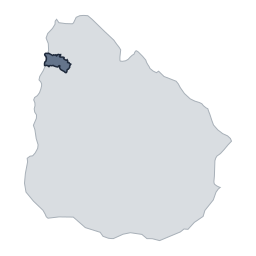 Villa Constitución, Salto, Uruguay shown in context
{"feature_id": "84410073B3070112347268", "entity_name": "Villa Constitución", "entity_type": "district", "adm_level": 2, "iso_a3": "URY", "parent_name": "Uruguay", "parent_adm1": "Salto", "projection": "albers", "projection_center": [-57.701, -31.128], "detail": "fine", "context": "in_parent", "style": "filled", "palette": "slate", "viewbox_px": 256, "rotation_deg": 0, "n_neighbors": 0, "source": "geoboundaries", "source_scale": "gbopen_adm2", "svg_char_len": 3152}
<svg xmlns="http://www.w3.org/2000/svg" viewBox="0 0 256 256"><path d="M220.2,187.4L218.2,189.1L216.0,192.2L213.3,199.9L204.9,210.4L203.1,216.4L194.3,222.4L188.0,229.3L184.0,229.0L180.4,231.9L159.6,240.6L152.3,238.7L146.9,238.6L141.9,234.4L130.4,232.7L123.1,234.2L113.3,238.6L110.4,238.5L108.3,238.2L103.0,236.3L100.2,232.3L85.3,227.6L73.3,217.1L59.0,216.9L48.0,218.2L46.3,216.8L45.2,214.2L43.0,210.3L33.5,201.2L26.0,192.1L24.5,183.2L25.4,173.4L27.6,161.9L27.2,158.3L30.0,156.2L32.7,155.8L35.3,152.8L37.7,148.3L38.1,144.8L36.2,138.5L34.9,129.7L33.4,125.3L36.4,118.3L36.5,114.9L34.7,112.0L34.2,108.9L35.0,105.8L34.9,102.8L33.7,99.9L34.6,97.5L37.4,95.6L39.5,92.7L40.9,88.8L41.6,85.8L41.6,83.7L40.7,81.8L39.0,79.9L39.8,76.3L43.1,70.9L45.3,66.0L46.3,61.8L46.2,58.4L45.1,55.8L45.6,54.1L47.6,53.1L48.6,50.4L48.3,43.6L46.1,38.0L47.7,33.5L52.5,28.4L55.0,24.3L55.2,21.1L56.6,19.3L58.9,22.7L65.7,23.6L72.4,23.8L73.5,22.9L76.2,17.3L79.8,15.7L83.6,15.4L87.8,15.7L92.2,19.4L104.7,31.6L113.8,40.1L116.6,44.1L119.0,47.1L120.7,49.9L119.9,57.1L119.9,60.2L120.3,61.1L122.4,61.3L125.6,60.8L128.2,59.3L130.3,57.0L132.3,55.2L134.0,54.2L134.6,52.7L135.5,51.1L136.5,50.8L138.3,52.0L142.5,56.2L145.8,60.1L146.5,62.3L147.8,64.6L149.1,66.6L150.0,68.5L153.2,71.1L156.4,72.7L158.6,71.2L164.0,76.5L176.1,81.2L178.3,83.9L180.3,87.7L184.4,93.5L190.1,98.8L194.8,101.1L199.3,102.5L201.8,103.7L203.4,105.7L206.1,107.9L207.8,108.7L208.4,110.6L210.0,114.8L211.7,120.1L213.5,125.0L217.7,129.8L222.6,133.6L227.6,135.9L230.4,138.5L231.5,141.2L227.9,145.0L224.0,149.7L220.5,153.5L217.0,156.0L215.8,157.9L214.9,160.7L214.4,176.0L213.9,181.6L214.1,183.2L214.5,184.2L216.6,185.8L219.1,187.1L220.2,187.4Z" fill="#d9dde1" stroke="#a8b0b8" stroke-width="1"/><path d="M48.5,53.2L48.4,53.3L48.2,53.4L48.1,53.5L47.7,53.5L47.4,53.5L47.1,53.4L46.7,53.4L46.4,53.3L46.2,53.3L45.8,53.3L45.7,53.4L45.3,53.5L45.1,53.7L45.0,53.8L44.8,54.2L44.7,54.4L44.7,54.8L44.8,55.0L45.2,55.7L45.3,55.8L45.5,55.9L45.6,56.0L45.8,56.2L45.9,56.4L45.9,56.5L46.0,56.6L46.1,56.8L46.2,57.1L46.3,57.4L46.4,57.9L46.4,58.0L46.4,58.4L46.4,58.7L46.4,58.8L46.4,59.2L46.3,59.5L46.2,59.9L46.2,60.2L46.1,60.6L45.9,60.9L45.9,61.1L45.7,61.3L45.5,61.5L45.3,61.6L45.1,61.8L44.9,62.0L44.7,62.4L44.7,62.5L44.7,62.8L44.6,63.1L44.6,63.3L44.5,63.6L44.5,64.0L44.5,64.5L44.6,64.8L44.6,65.0L44.6,65.5L45.2,65.5L45.7,65.6L46.5,65.3L47.5,65.6L48.0,65.6L48.4,66.4L48.7,66.6L49.1,66.6L49.3,65.9L49.7,65.6L50.4,65.5L51.4,65.7L51.9,65.7L53.1,65.4L53.6,65.8L55.4,66.5L57.4,67.0L57.7,67.0L58.9,65.8L59.3,65.6L59.8,65.8L59.8,66.3L59.5,67.3L59.7,67.8L60.1,68.8L61.0,69.7L62.9,70.8L64.1,71.4L64.7,72.0L65.3,72.5L66.0,72.7L66.6,72.2L66.9,71.3L67.1,69.9L67.5,69.4L68.4,69.1L69.7,67.3L69.7,65.8L70.8,64.2L69.3,63.4L69.2,62.8L69.0,62.6L67.6,62.5L67.6,62.3L67.7,61.8L67.7,60.8L67.1,59.7L66.4,60.3L66.1,60.2L65.3,59.9L63.8,58.8L63.7,58.5L64.1,57.9L64.1,57.6L63.8,57.3L62.3,57.1L60.5,57.1L59.9,56.9L59.6,56.5L59.6,56.2L60.2,55.8L60.5,55.5L60.6,54.6L59.3,54.7L58.5,54.4L57.9,54.5L57.5,54.8L57.2,55.2L57.0,55.5L56.6,55.9L56.4,55.8L56.2,54.9L55.9,54.8L55.8,55.0L55.0,55.1L54.3,55.0L53.6,54.8L52.8,55.5L48.5,53.2Z" fill="#64748b" stroke="#1e293b" stroke-width="1.5"/></svg>